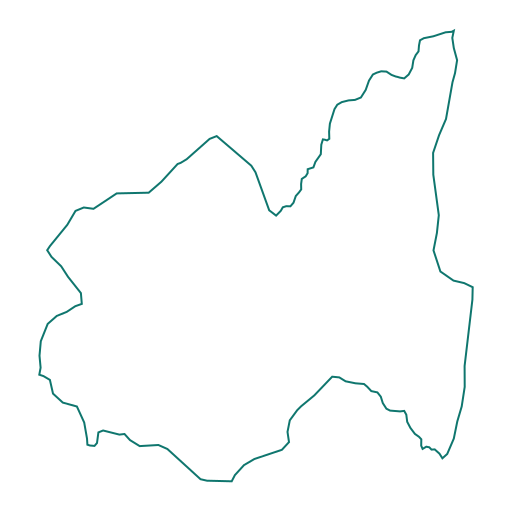 map outline of Gourma (Equal Earth projection)
{"feature_id": "BFA-2184", "entity_name": "Gourma", "entity_type": "Province", "adm_level": 1, "iso_a3": "BFA", "parent_name": "Burkina Faso", "parent_adm1": "", "projection": "equal_earth", "projection_center": [0.734, 12.217], "detail": "fine", "context": "isolated", "style": "outline", "palette": "teal", "viewbox_px": 512, "rotation_deg": 0, "n_neighbors": 0, "source": "natural_earth", "source_scale": "10m", "svg_char_len": 2069}
<svg xmlns="http://www.w3.org/2000/svg" viewBox="0 0 512 512"><path d="M39.3,374.7L40.6,367.7L39.5,355.7L40.8,341.2L47.7,323.9L56.8,315.9L66.7,311.9L75.3,306.2L81.8,303.9L80.9,293.1L68.0,276.8L61.2,266.3L51.5,256.9L47.2,250.2L50.0,246.0L67.3,224.8L75.5,210.9L83.8,207.5L93.5,208.8L116.7,193.4L148.7,192.7L161.4,181.7L177.6,164.0L180.6,162.9L186.7,159.2L209.6,138.9L216.7,136.1L251.3,165.7L255.5,172.3L269.2,210.3L276.1,215.6L280.8,210.8L282.8,207.3L286.2,206.2L290.4,206.3L293.5,202.7L295.8,196.0L299.0,192.4L301.2,189.4L301.1,184.0L301.8,178.9L305.7,176.3L307.6,173.2L307.7,169.2L313.4,167.4L315.4,161.9L320.8,154.2L321.3,144.7L322.9,139.4L324.8,139.7L327.1,140.4L329.3,138.8L329.1,131.6L329.9,123.6L334.5,109.1L337.3,104.7L341.8,102.1L348.6,100.4L355.0,99.9L360.9,97.5L365.7,89.9L369.0,80.6L372.9,74.5L376.7,72.7L381.2,71.3L386.5,71.6L391.5,74.9L395.7,76.5L397.5,76.9L399.8,77.6L404.2,78.4L408.7,74.5L412.2,67.9L413.4,60.3L415.7,55.1L418.5,51.4L419.0,45.4L420.0,40.3L423.8,38.2L433.3,36.3L445.6,32.3L451.7,31.8L453.8,30.7L452.3,37.9L453.8,48.0L457.1,60.2L455.0,73.2L452.5,82.2L446.0,119.0L439.1,135.1L433.1,152.9L433.3,174.7L438.8,215.2L436.9,233.0L433.5,250.4L440.4,271.5L453.5,280.6L464.2,283.1L472.7,287.2L472.4,299.7L464.6,366.0L464.7,386.9L461.7,406.5L457.3,421.4L453.8,438.6L447.2,454.0L442.4,458.3L439.5,453.7L434.7,449.4L431.5,449.6L429.3,447.3L426.3,446.7L422.6,448.9L421.2,445.7L421.3,439.3L419.0,436.8L414.9,433.9L410.4,427.9L407.2,421.8L406.3,414.7L404.2,410.9L400.1,411.4L390.1,410.6L386.4,408.7L382.8,403.1L380.8,396.7L377.4,392.4L371.3,391.1L367.3,386.8L364.0,384.0L355.5,383.3L345.6,381.3L339.3,377.4L332.2,376.7L314.3,395.4L301.1,406.3L297.2,410.2L289.8,420.3L287.5,431.9L289.0,442.1L281.9,449.8L254.4,459.0L244.0,465.1L234.9,475.1L231.7,481.3L207.0,480.7L200.5,479.2L167.4,449.0L158.4,445.0L139.7,446.1L130.0,440.1L124.5,434.0L119.4,434.6L103.1,430.5L98.4,432.4L97.0,443.0L94.5,445.9L89.9,445.5L87.4,444.7L87.0,438.5L84.2,422.5L76.9,406.5L62.8,402.6L53.0,393.6L49.9,379.9L43.5,376.1L39.3,374.7Z" fill="none" stroke="#0f766e" stroke-width="2"/></svg>